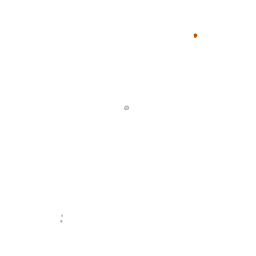 where Kosrae sits in Federated States of Micronesia, rotated 295°
{"feature_id": "FSM-4944", "entity_name": "Kosrae", "entity_type": "state/province", "adm_level": 1, "iso_a3": "FSM", "parent_name": "Federated States of Micronesia", "parent_adm1": "", "projection": "orthographic", "projection_center": [162.997, 5.325], "detail": "fine", "context": "in_parent", "style": "filled", "palette": "amber", "viewbox_px": 256, "rotation_deg": 295, "n_neighbors": 0, "source": "natural_earth", "source_scale": "10m", "svg_char_len": 888}
<svg xmlns="http://www.w3.org/2000/svg" viewBox="0 0 256 256"><g transform="rotate(295 128 128)"><path d="M147.3,119.7L146.1,120.1L144.7,119.9L144.2,118.3L143.6,117.8L143.7,117.0L144.8,116.4L146.9,116.9L147.7,118.1L147.2,118.9L147.3,119.7ZM16.0,107.3L15.8,107.6L14.6,107.4L14.6,107.2L15.1,107.1L15.2,106.7L14.9,106.6L15.2,106.4L15.7,106.4L15.9,106.6L16.0,107.0L16.0,107.3ZM240.3,149.9L240.5,150.9L239.2,150.4L239.0,150.1L239.8,149.7L240.3,149.9ZM20.6,105.7L20.3,105.8L20.1,105.6L20.2,105.1L20.3,105.0L20.6,104.9L21.2,105.1L20.6,105.7Z" fill="#d9dde1" stroke="#a8b0b8" stroke-width="1"/><path d="M241.1,149.6L241.4,149.8L241.5,149.8L241.5,150.0L241.1,150.8L241.0,151.0L240.7,151.1L240.2,150.9L239.5,150.8L239.2,150.8L238.9,150.7L238.8,150.4L239.1,150.0L240.0,149.2L240.4,148.9L240.8,148.8L241.1,149.1L241.1,149.5L241.1,149.6Z" fill="#f59e0b" stroke="#b45309" stroke-width="1.5"/></g></svg>